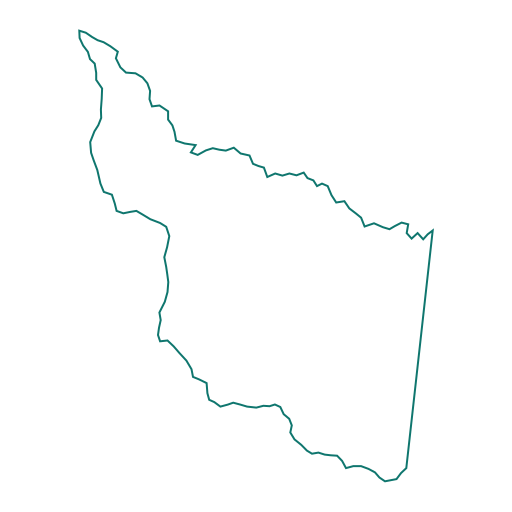 Combinado, Tocantins, Brazil
{"feature_id": "56859067B5842714986780", "entity_name": "Combinado", "entity_type": "district", "adm_level": 2, "iso_a3": "BRA", "parent_name": "Brazil", "parent_adm1": "Tocantins", "projection": "natural_earth1", "projection_center": [-46.528, -12.835], "detail": "fine", "context": "isolated", "style": "outline", "palette": "teal", "viewbox_px": 512, "rotation_deg": 0, "n_neighbors": 0, "source": "geoboundaries", "source_scale": "gbopen_adm2", "svg_char_len": 1922}
<svg xmlns="http://www.w3.org/2000/svg" viewBox="0 0 512 512"><path d="M103.8,191.9L111.9,194.7L114.8,203.6L116.6,210.9L123.3,213.3L130.2,211.9L136.4,210.9L142.7,214.6L150.3,219.2L160.1,223.0L166.2,226.8L169.3,236.1L167.1,247.2L164.3,257.2L166.2,266.9L167.3,274.5L168.3,282.1L167.5,292.1L164.8,301.8L159.4,312.5L160.7,320.1L159.0,327.8L158.0,335.0L160.1,341.3L167.5,340.5L173.7,346.4L179.4,353.0L186.4,360.6L191.5,369.2L193.0,376.9L198.9,379.3L206.6,383.1L207.4,393.2L209.2,399.8L214.3,402.1L220.4,406.6L227.8,404.6L233.2,402.7L240.0,404.5L247.1,406.6L256.3,407.6L263.4,405.8L269.6,406.2L274.9,404.5L280.3,407.0L283.7,414.2L289.2,418.8L291.8,425.4L290.3,432.5L294.5,439.4L301.3,444.9L306.9,450.6L312.0,453.7L318.4,452.6L324.7,454.6L330.8,455.3L337.1,455.7L342.1,460.9L346.0,468.1L353.4,466.1L361.0,466.1L368.5,468.9L375.0,472.4L379.4,477.5L385.0,481.3L396.5,479.1L401.0,473.1L406.3,468.1L432.7,230.5L427.7,234.3L423.2,239.3L417.6,233.1L411.6,238.6L406.7,233.1L408.2,224.3L401.6,222.6L394.8,226.1L389.5,229.2L382.9,227.2L374.0,223.3L364.6,226.5L361.1,217.7L356.1,213.6L349.3,208.4L344.4,201.2L336.2,202.5L331.5,195.2L327.7,186.1L322.0,183.6L317.0,186.1L313.4,180.4L307.5,178.1L303.7,172.6L296.5,175.3L289.4,173.5L282.4,175.6L275.2,173.5L267.3,177.0L263.9,167.6L258.4,166.0L253.0,163.8L249.5,155.5L240.6,153.5L233.8,147.7L225.8,150.6L219.3,149.7L212.8,148.2L205.9,150.4L197.7,154.9L190.9,152.4L195.6,145.1L184.7,143.5L176.1,140.7L174.5,131.8L172.4,125.4L168.1,119.6L168.1,111.3L159.5,105.5L152.0,106.4L149.5,99.2L150.1,90.9L147.4,83.3L142.6,77.5L135.5,73.3L126.0,72.6L120.4,67.4L115.9,58.3L117.8,51.7L110.3,46.2L103.6,42.2L97.6,40.2L91.9,36.9L85.8,32.7L79.3,30.7L79.6,38.0L83.1,45.5L87.9,51.9L90.0,59.1L94.7,63.6L96.2,72.9L96.2,79.9L102.1,88.5L101.7,98.9L100.9,109.5L101.2,117.9L98.3,125.2L94.4,131.4L90.2,142.1L91.1,152.8L93.6,160.1L97.3,170.0L100.4,183.5L103.8,191.9Z" fill="none" stroke="#0f766e" stroke-width="2"/></svg>